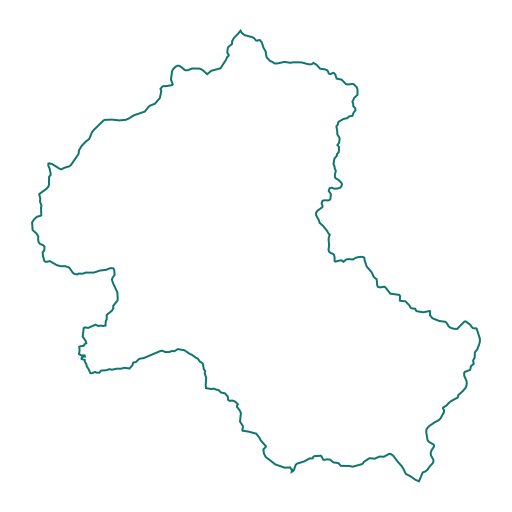 outline of Vo Nhai, Thái Nguyên, Vietnam
{"feature_id": "81297802B13645799597087", "entity_name": "Vo Nhai", "entity_type": "district", "adm_level": 2, "iso_a3": "VNM", "parent_name": "Vietnam", "parent_adm1": "Thái Nguyên", "projection": "orthographic", "projection_center": [106.082, 21.786], "detail": "fine", "context": "isolated", "style": "outline", "palette": "teal", "viewbox_px": 512, "rotation_deg": 0, "n_neighbors": 0, "source": "geoboundaries", "source_scale": "gbopen_adm2", "svg_char_len": 5950}
<svg xmlns="http://www.w3.org/2000/svg" viewBox="0 0 512 512"><path d="M355.4,108.5L353.2,106.0L353.2,103.8L352.4,101.7L354.3,97.8L357.5,94.8L357.5,89.5L356.9,87.5L354.0,84.4L352.5,83.9L348.0,84.5L346.0,84.1L341.5,79.6L336.6,78.6L335.3,74.6L334.0,73.1L333.0,72.8L330.6,74.1L329.2,73.8L328.6,73.2L327.9,71.2L327.1,70.3L325.1,69.4L320.1,68.7L316.6,64.8L313.4,62.9L311.9,64.1L310.7,64.4L308.2,64.2L301.9,62.5L298.8,62.3L293.3,62.3L290.3,62.8L284.4,61.9L277.2,63.5L274.5,63.4L272.0,61.7L270.2,61.1L266.7,57.4L265.9,54.2L265.8,51.8L263.5,47.7L261.8,42.5L259.8,40.0L256.8,40.7L255.9,40.4L254.1,38.1L252.3,37.2L244.6,35.1L241.7,32.8L240.5,30.7L238.2,33.6L233.9,38.0L232.1,41.3L232.0,44.0L228.4,46.9L227.8,48.2L227.3,52.3L227.5,53.2L228.7,54.7L228.7,55.6L227.0,57.4L226.1,59.7L220.5,68.3L211.2,70.8L207.2,74.2L202.8,70.2L199.8,68.6L192.0,68.5L187.9,70.2L185.8,70.3L184.4,69.8L181.8,67.4L179.2,65.8L177.7,65.7L176.3,66.2L173.4,68.7L172.1,71.2L170.9,79.6L172.8,84.3L172.3,85.0L171.2,85.3L165.6,86.2L163.3,86.1L162.2,86.8L160.5,88.8L161.3,91.0L159.9,97.9L155.0,103.7L150.1,105.6L148.6,106.8L144.8,111.6L133.9,115.3L129.2,118.3L125.9,119.8L119.4,120.4L111.9,119.6L104.7,119.9L103.4,120.6L93.6,130.1L91.9,132.5L89.2,139.0L85.9,141.5L81.7,145.8L79.0,150.4L78.6,153.8L78.2,154.5L70.8,165.2L69.1,166.4L64.6,167.7L61.1,169.4L59.5,168.7L52.4,164.2L49.3,163.3L48.4,163.5L48.3,165.7L49.6,168.6L50.7,173.8L50.6,174.9L49.1,176.8L48.9,185.3L48.0,187.2L46.6,188.7L39.2,194.1L40.3,198.8L40.0,201.6L41.5,205.7L41.0,207.5L41.3,215.2L40.8,215.7L36.9,216.8L34.3,219.1L32.1,222.3L32.6,230.0L36.6,233.6L38.3,236.5L38.1,239.0L38.5,241.9L39.8,243.8L43.3,245.3L44.5,246.7L44.3,250.5L42.7,252.1L42.9,255.7L44.4,261.0L45.2,261.6L46.3,261.9L49.8,261.1L56.9,265.2L61.2,266.3L64.8,266.1L68.6,267.3L69.4,267.8L72.7,272.6L74.0,273.7L77.5,274.5L78.5,273.6L82.8,273.7L85.5,272.6L93.8,272.6L100.1,270.5L105.8,269.9L110.6,268.1L113.1,268.3L113.8,269.1L114.3,270.7L114.6,274.9L112.4,278.1L111.9,279.6L113.1,283.3L117.4,292.5L117.7,298.9L117.5,300.5L113.2,305.9L113.3,308.2L112.0,310.6L106.7,314.9L106.7,319.6L105.8,320.8L105.5,325.5L103.4,326.0L100.9,325.6L98.4,326.0L95.4,324.7L88.2,327.9L84.8,327.4L83.7,328.1L82.7,336.6L85.9,341.3L86.3,343.2L84.4,344.3L84.2,345.2L83.6,345.8L81.7,346.0L79.2,346.8L79.6,350.4L79.0,354.2L81.5,355.5L84.6,355.4L84.9,356.6L83.3,356.6L82.2,357.3L81.6,358.0L81.6,359.0L84.7,359.9L84.8,361.5L86.4,364.4L86.8,366.4L88.5,369.0L90.4,373.1L91.9,373.3L94.9,371.9L96.6,372.7L99.3,372.7L101.0,370.7L101.7,370.5L105.8,370.3L109.5,369.2L112.1,369.7L117.2,368.6L120.3,368.8L124.5,367.8L129.5,368.5L132.3,365.5L133.2,362.6L136.0,362.0L139.2,358.8L143.7,358.1L160.9,350.8L162.4,350.8L165.2,352.0L168.8,352.1L172.1,351.0L174.4,351.2L177.9,349.1L184.5,350.3L190.2,354.2L191.6,354.6L196.3,358.0L197.8,358.6L199.8,361.5L202.1,362.9L202.9,363.9L203.8,369.1L205.2,371.2L204.8,372.7L205.0,374.3L206.2,377.7L205.7,384.9L206.0,388.1L211.6,389.1L213.6,388.6L216.4,389.7L218.6,390.1L221.0,392.5L224.9,393.3L227.5,396.2L228.0,397.6L227.9,399.2L228.5,400.3L229.8,400.9L232.0,400.5L234.1,401.1L235.5,401.9L237.9,404.3L237.1,405.5L237.0,406.9L240.0,410.9L240.9,413.1L240.0,421.6L242.8,425.9L242.9,427.7L242.3,429.7L242.5,430.7L248.5,431.6L256.3,433.7L259.6,438.0L260.7,440.3L265.9,446.3L265.5,447.3L263.4,449.3L263.9,453.4L265.6,456.9L275.5,464.5L284.8,467.7L290.2,467.4L290.8,468.7L292.0,469.5L291.7,471.9L293.3,470.8L294.0,469.9L295.7,464.8L297.1,463.6L303.9,461.5L309.8,458.4L312.6,458.4L313.3,456.9L314.5,456.1L318.3,456.0L320.3,455.6L321.3,456.1L323.2,459.6L324.1,459.9L327.1,459.3L330.0,459.6L333.4,462.4L338.4,463.1L340.7,465.8L349.5,466.0L352.5,466.7L361.8,464.2L363.1,463.3L363.8,461.9L369.4,458.2L374.7,458.7L379.3,456.6L384.0,456.7L388.8,454.0L390.4,453.8L393.1,455.6L397.9,461.9L401.5,465.9L403.3,468.7L405.5,473.4L406.4,474.2L410.8,476.5L415.4,479.8L419.0,481.3L422.7,472.5L425.4,471.4L427.3,470.0L430.0,466.1L432.7,463.2L433.5,461.4L433.3,459.7L430.9,455.3L430.7,452.8L431.3,450.8L433.9,446.6L434.1,445.5L433.5,444.5L429.0,441.9L427.6,440.3L426.2,432.0L426.5,429.4L427.9,427.4L429.7,425.7L434.6,422.4L438.8,420.1L440.5,418.5L444.0,412.0L444.0,410.3L442.9,408.2L443.1,407.6L446.5,405.5L448.6,403.1L451.6,400.8L457.7,397.5L458.4,395.0L462.6,391.3L465.8,387.5L466.6,385.1L466.8,382.6L466.4,380.7L464.3,376.0L464.1,373.0L465.1,371.7L469.9,370.0L470.4,369.2L470.9,366.2L473.7,363.9L473.1,360.4L474.7,357.5L474.9,352.3L477.1,349.6L479.0,344.9L479.8,342.0L479.9,338.8L476.7,328.7L476.1,328.3L473.6,328.3L472.3,327.7L470.2,324.7L465.8,321.5L465.0,321.4L464.3,321.7L457.2,328.9L454.7,328.9L451.3,328.1L448.9,326.6L446.5,322.8L445.4,321.8L439.3,321.0L432.5,318.3L430.0,315.3L430.1,311.7L429.8,311.0L423.1,312.3L416.8,311.2L415.9,310.5L415.2,308.7L411.9,308.4L410.8,307.9L409.3,305.3L405.4,301.3L400.1,300.8L399.8,300.0L400.1,296.2L399.2,294.9L390.2,293.6L386.3,288.4L384.6,286.7L380.2,287.4L378.0,286.9L377.2,285.4L376.7,279.4L373.7,276.9L371.7,272.3L366.7,266.5L364.6,260.3L364.4,257.9L363.8,257.3L361.5,256.8L357.8,257.2L355.3,258.0L352.9,259.5L349.1,259.1L346.3,259.4L343.5,261.8L341.9,260.5L340.9,260.3L335.3,261.6L334.6,261.0L334.6,257.4L334.0,254.8L333.4,254.1L330.5,252.9L329.0,251.5L328.5,249.6L329.1,245.8L328.6,239.4L328.8,237.5L329.8,234.8L328.6,233.6L326.8,230.5L323.2,226.0L319.7,222.9L318.9,220.4L316.1,215.1L316.0,213.0L317.5,210.7L322.3,207.2L322.5,205.8L321.6,203.3L322.5,200.8L324.2,200.3L328.6,200.4L329.6,199.9L330.4,198.9L330.9,194.2L328.7,190.9L329.6,188.3L331.3,187.7L334.6,188.7L337.6,188.5L340.4,187.6L341.6,185.7L342.0,184.2L341.4,182.8L338.7,180.1L335.6,178.2L334.9,177.3L334.9,174.9L335.8,170.7L334.8,168.7L334.4,166.0L333.5,164.0L334.4,158.6L336.8,155.8L337.0,154.1L338.6,152.4L338.9,150.8L339.0,147.0L337.4,145.0L339.2,142.6L339.6,138.8L339.2,137.4L337.3,134.3L337.2,130.9L336.4,126.4L337.9,124.4L338.2,122.4L338.9,121.6L343.4,119.0L347.1,118.2L349.2,116.4L352.5,115.8L353.6,112.6L355.3,110.5L355.4,108.5Z" fill="none" stroke="#0f766e" stroke-width="2"/></svg>